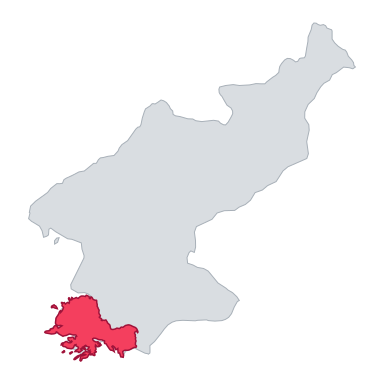 Hwanghae-namdo on a map of North Korea (Robinson projection)
{"feature_id": "PRK-3304", "entity_name": "Hwanghae-namdo", "entity_type": "Province", "adm_level": 1, "iso_a3": "PRK", "parent_name": "North Korea", "parent_adm1": "", "projection": "robinson", "projection_center": [125.529, 38.191], "detail": "fine", "context": "in_parent", "style": "filled", "palette": "rose", "viewbox_px": 384, "rotation_deg": 0, "n_neighbors": 0, "source": "natural_earth", "source_scale": "10m", "svg_char_len": 8738}
<svg xmlns="http://www.w3.org/2000/svg" viewBox="0 0 384 384"><path d="M239.3,300.5L237.4,301.5L234.3,306.9L231.5,313.7L228.6,317.4L225.4,319.4L221.9,320.6L214.9,321.1L208.5,320.6L206.5,319.9L197.7,320.3L195.3,320.8L182.8,320.3L176.2,320.8L172.1,322.2L167.9,324.9L164.2,329.1L161.0,333.5L154.5,341.6L149.9,345.6L150.0,351.2L149.9,353.0L148.3,354.2L147.7,353.7L145.0,353.2L134.3,348.0L125.6,351.2L123.4,355.3L121.0,356.7L117.5,348.6L111.8,348.3L102.7,341.2L98.8,342.6L97.9,345.5L92.9,352.1L85.9,357.5L83.7,358.2L81.1,357.8L81.5,356.3L78.6,350.3L67.7,347.8L63.7,345.2L61.7,344.6L72.5,337.9L75.3,336.6L73.2,335.1L70.9,334.3L62.1,335.3L57.4,333.1L50.7,333.8L46.1,332.0L55.7,325.4L56.2,321.5L56.1,318.5L61.0,309.6L65.9,304.8L78.6,297.8L84.2,296.9L88.2,297.1L91.4,296.5L88.0,293.9L84.6,292.6L78.1,292.9L71.2,288.9L70.7,284.7L83.9,258.1L84.1,255.7L82.0,249.2L81.3,242.9L71.9,239.3L67.7,238.8L55.6,231.7L50.8,228.1L48.9,229.2L48.5,234.9L46.8,236.2L43.6,237.3L42.1,230.8L39.5,226.1L31.5,221.3L28.6,218.7L30.0,213.0L29.3,212.5L30.6,206.1L35.6,201.2L47.6,192.5L50.8,188.4L56.9,183.6L59.6,183.7L62.5,183.3L63.3,181.2L64.0,179.6L66.4,178.1L72.3,175.4L79.0,171.9L84.3,171.0L90.8,165.7L93.5,163.4L96.1,163.4L96.9,162.4L98.4,159.7L100.4,157.9L103.3,157.5L108.0,156.3L114.0,155.5L118.0,151.1L119.3,148.0L122.0,144.5L127.6,140.7L131.5,135.2L135.8,129.1L137.8,127.2L139.8,126.8L141.0,124.5L142.3,118.1L144.3,111.8L145.5,108.9L150.4,105.7L151.6,104.1L152.8,103.6L155.1,104.0L158.1,102.1L161.0,100.0L163.7,100.8L166.4,102.5L169.2,106.0L170.4,108.7L172.7,111.0L173.1,114.4L175.4,115.8L180.1,116.6L187.8,118.8L192.8,119.0L195.7,120.7L201.7,121.6L213.6,120.3L218.5,121.1L220.5,123.2L223.6,124.8L225.6,124.9L228.2,122.1L230.9,117.4L232.7,113.8L232.6,111.0L231.0,108.0L227.0,105.2L224.4,100.8L221.9,96.3L220.4,94.8L219.2,92.6L218.9,89.2L219.7,87.0L225.7,85.5L233.2,84.6L239.4,85.5L249.7,84.9L256.0,83.6L260.6,83.8L264.9,83.8L266.8,81.8L272.8,77.2L275.6,75.5L278.8,72.4L279.2,69.1L279.8,66.4L281.6,63.5L284.6,60.0L287.3,58.4L290.3,58.6L293.4,60.2L295.5,61.9L297.7,61.4L299.5,58.6L300.8,58.1L304.3,57.8L305.4,56.1L306.7,48.0L307.9,41.6L308.1,37.1L311.2,29.6L312.1,25.1L313.9,23.0L316.2,23.2L318.0,24.5L320.3,25.3L323.4,24.6L325.6,25.7L327.0,28.1L331.6,29.8L332.1,31.0L332.1,39.1L334.7,42.9L338.2,46.3L342.8,49.4L345.3,50.1L346.8,52.3L348.3,56.2L351.7,59.9L353.5,62.6L353.9,65.4L355.4,67.0L352.8,68.8L349.3,67.7L343.6,67.1L336.4,72.6L332.3,74.6L329.6,80.1L323.9,83.3L320.8,86.7L316.9,92.7L314.3,98.5L308.2,104.4L304.8,111.8L304.7,118.2L308.8,124.7L309.2,130.2L306.7,141.6L308.4,153.7L306.8,158.5L287.9,166.8L283.0,170.9L276.1,181.6L267.6,185.6L262.4,190.0L255.1,192.6L250.5,200.2L245.3,204.5L239.2,207.1L234.7,210.4L224.3,210.7L217.1,213.0L212.0,219.3L196.4,226.6L194.4,232.1L195.5,240.6L195.6,247.1L194.3,252.4L190.8,250.9L189.0,252.7L187.0,257.6L187.6,263.2L193.0,265.0L197.4,267.4L203.6,268.5L208.2,271.1L218.0,283.0L226.0,288.2L228.1,290.1L232.6,292.7L236.9,296.8L239.3,300.5ZM57.6,242.3L54.6,244.1L54.5,240.8L56.7,238.1L59.1,237.7L57.6,242.3Z" fill="#d9dde1" stroke="#a8b0b8" stroke-width="1"/><path d="M136.0,347.3L135.8,347.2L134.8,347.3L133.7,347.6L129.6,349.8L128.5,350.1L127.4,350.3L125.4,350.2L124.3,350.4L123.2,351.1L122.7,351.6L122.7,351.8L123.3,354.4L123.6,355.1L123.5,355.9L123.2,357.3L120.7,356.8L120.0,354.2L119.5,353.0L118.7,353.1L118.2,352.9L118.0,351.5L117.8,348.5L116.3,349.6L115.6,349.6L115.3,348.3L114.9,347.6L114.1,346.8L113.3,346.1L112.7,345.9L111.9,346.5L112.3,347.3L113.4,348.3L113.5,348.9L114.0,350.7L114.2,351.6L113.7,351.2L112.6,350.5L112.0,350.3L110.8,350.2L110.2,349.8L109.4,348.9L106.8,345.0L106.5,344.3L106.2,343.9L105.0,343.6L104.6,343.4L104.5,342.9L104.5,342.2L104.6,341.0L104.3,340.7L103.0,340.5L102.1,339.9L101.5,339.8L99.4,339.7L98.4,339.5L96.3,338.5L95.0,338.2L93.7,338.2L92.7,338.7L92.7,339.7L93.7,340.8L95.0,341.6L96.0,342.0L97.8,341.7L98.3,342.0L98.0,343.3L99.0,342.9L99.6,343.0L100.1,343.3L99.5,344.1L99.0,345.0L100.0,345.0L100.4,344.9L100.8,344.6L101.2,345.0L99.9,346.1L99.2,346.5L98.3,346.7L97.5,346.7L96.8,346.3L95.5,345.0L95.3,346.5L95.8,348.0L96.0,349.4L95.1,350.7L95.8,351.4L96.2,351.6L96.0,352.2L95.6,352.4L94.6,352.4L94.3,352.6L94.7,353.7L94.9,354.7L94.9,355.2L94.6,355.5L94.0,355.5L93.5,355.3L93.0,355.1L92.5,354.7L92.8,354.5L92.9,354.2L92.3,353.8L91.7,353.8L91.3,354.1L91.1,354.9L90.8,354.9L90.1,354.8L89.7,354.3L90.0,353.3L88.8,354.4L88.1,356.0L87.2,357.4L85.4,358.1L83.5,358.2L82.5,358.4L82.1,358.8L81.9,359.8L81.3,360.7L80.6,361.0L79.9,360.3L80.6,357.0L81.4,355.5L82.8,355.9L85.7,354.7L84.9,354.2L83.1,354.5L82.1,354.2L82.8,353.3L83.9,352.4L85.2,351.8L86.3,351.6L88.9,352.2L89.9,351.9L90.0,350.3L89.2,350.6L88.4,350.5L87.9,350.0L87.5,349.4L89.0,347.7L89.1,347.0L87.7,346.7L86.7,346.4L86.2,345.7L85.7,345.3L84.6,345.9L85.0,346.7L83.7,346.7L83.0,346.9L82.5,347.2L83.5,347.6L84.8,348.3L85.8,349.2L85.7,350.3L84.7,349.5L83.3,348.9L81.8,348.6L80.7,348.9L80.9,349.4L81.2,349.8L82.1,350.3L80.5,351.6L79.5,352.2L78.5,352.4L78.5,352.0L78.3,351.7L78.1,351.6L74.9,351.6L75.5,350.6L77.8,349.2L78.5,348.0L78.1,347.0L75.8,345.7L76.0,344.6L74.9,344.8L74.3,345.7L73.8,346.9L73.3,347.8L72.4,348.4L71.6,348.7L70.6,348.7L67.6,348.2L67.0,348.0L65.6,346.9L65.0,346.7L63.8,346.6L63.0,346.3L62.6,345.5L63.0,344.1L61.7,344.9L61.2,345.0L61.4,343.9L61.9,343.3L62.6,342.9L63.6,342.8L64.2,342.6L65.6,341.6L66.3,341.5L67.0,341.8L68.4,342.6L69.3,342.8L70.2,342.8L70.9,342.6L71.5,342.2L72.0,341.5L71.6,341.0L71.1,341.5L70.5,341.5L69.9,341.3L68.8,340.4L68.5,340.3L68.4,340.1L68.1,339.3L67.9,338.1L68.4,337.6L70.6,337.6L72.9,337.1L73.5,337.4L73.7,337.9L73.8,338.5L74.1,338.9L75.3,339.0L75.6,336.8L76.7,336.3L76.2,335.3L75.4,334.9L73.3,334.9L72.3,334.8L70.5,334.2L69.7,334.0L68.9,334.2L66.3,335.4L63.7,335.9L63.0,336.3L59.0,334.0L57.3,332.3L56.3,331.9L55.8,333.0L55.2,333.4L53.9,333.8L51.5,334.0L45.4,332.9L44.8,332.3L45.2,331.5L46.4,331.0L48.9,330.8L50.0,330.3L50.4,329.0L50.8,328.9L53.0,328.4L53.4,327.9L54.2,326.3L54.8,325.8L56.0,325.6L56.8,326.1L58.2,328.2L58.7,328.0L62.0,325.8L60.6,325.3L57.9,325.7L56.4,324.7L55.6,323.8L55.5,323.3L55.5,322.3L56.0,318.3L56.3,317.6L58.6,314.2L58.9,313.4L59.6,311.5L60.2,310.9L60.6,310.7L60.9,310.8L61.0,311.2L60.9,312.2L61.6,311.5L62.5,310.1L63.2,308.5L63.5,307.4L63.1,306.8L62.2,306.1L62.0,305.5L62.2,304.2L62.1,303.7L61.4,303.0L61.5,302.5L62.3,302.5L63.3,303.1L63.9,302.7L64.4,302.6L64.6,303.2L65.4,304.0L66.6,303.0L67.8,302.4L69.1,303.3L69.4,302.6L69.4,301.4L69.6,300.4L69.0,299.9L68.6,299.1L68.5,298.4L68.9,297.8L69.6,298.0L70.6,300.0L71.8,299.8L72.0,299.3L71.7,298.4L71.8,297.5L72.3,297.7L72.5,298.3L73.1,298.7L74.7,298.3L76.0,297.6L76.4,297.5L77.0,298.0L78.2,298.4L78.7,297.9L79.1,297.6L79.7,297.0L80.5,296.4L81.7,296.0L83.7,296.1L84.9,296.4L85.5,296.5L85.7,296.3L85.8,295.8L86.0,295.4L86.6,295.2L89.0,296.5L89.2,297.1L89.4,298.3L89.7,298.6L90.3,298.6L90.6,297.9L90.7,297.3L91.0,296.9L91.5,297.1L92.0,297.5L92.4,298.0L92.5,298.4L93.1,299.3L94.4,300.0L95.8,300.3L96.3,300.2L96.6,300.4L96.7,301.2L96.8,303.0L97.2,304.3L97.2,306.0L97.2,306.4L97.9,307.5L98.2,308.6L99.1,310.1L99.1,310.5L98.9,311.8L98.9,312.8L99.0,313.4L99.2,313.9L100.2,315.3L100.4,315.7L100.2,316.3L99.7,316.8L99.3,317.1L99.3,317.3L99.7,317.7L100.7,318.2L101.7,319.1L101.8,319.4L101.7,319.6L101.4,320.0L101.4,320.4L102.2,320.6L103.0,320.2L103.4,320.2L104.6,320.4L105.4,320.0L105.8,320.0L106.1,320.1L106.3,320.5L106.6,321.1L107.2,321.9L107.4,322.5L107.7,323.0L108.1,323.4L109.5,324.6L109.8,325.0L110.0,325.6L110.5,328.1L110.7,328.7L111.1,329.0L111.5,329.3L112.9,329.5L115.2,329.0L116.9,328.1L117.4,328.2L119.0,328.5L119.6,328.5L120.0,328.3L120.5,327.6L121.1,327.2L121.8,327.1L122.8,327.3L123.1,327.2L125.4,325.5L128.0,324.9L129.1,324.9L129.8,325.1L131.0,325.5L132.5,326.3L135.2,327.4L136.2,328.2L136.7,328.8L137.0,329.4L137.9,331.5L137.9,332.2L137.8,332.5L137.6,332.7L137.3,332.3L136.8,331.1L136.7,330.9L135.7,331.6L135.0,332.0L134.7,332.4L134.6,333.2L134.6,333.6L135.2,334.3L135.4,334.8L135.2,336.4L135.8,337.8L135.4,338.8L135.6,339.8L135.9,340.6L136.0,341.1L135.6,342.2L135.4,344.2L135.5,344.8L135.8,345.3L136.4,345.8L136.5,346.2L136.3,346.8L136.0,347.3ZM55.9,306.1L57.1,308.0L57.3,308.7L55.1,308.1L54.0,307.7L53.0,307.0L51.9,307.8L51.4,307.3L51.6,306.2L53.6,305.0L54.2,304.9L54.5,305.5L55.3,305.7L55.9,306.1ZM78.0,355.8L80.0,355.0L78.7,356.8L77.8,357.6L76.4,358.5L76.0,358.9L75.3,359.4L74.2,359.6L73.9,359.2L75.4,357.4L76.2,357.0L76.7,357.2L77.0,356.3L77.3,356.2L77.7,355.9L78.0,355.8ZM70.0,353.9L69.7,353.1L71.0,352.2L72.0,351.8L72.4,352.0L72.4,352.3L72.3,352.5L72.0,352.5L70.5,353.9L70.0,353.9ZM63.9,350.7L64.4,350.8L64.6,351.5L64.5,351.9L64.2,351.9L63.6,352.5L63.1,352.7L62.5,352.7L62.2,352.5L62.2,352.2L62.9,351.6L63.6,351.9L63.8,351.8L63.9,351.4L63.7,351.1L63.9,350.7Z" fill="#f43f5e" stroke="#9f1239" stroke-width="1.5"/></svg>